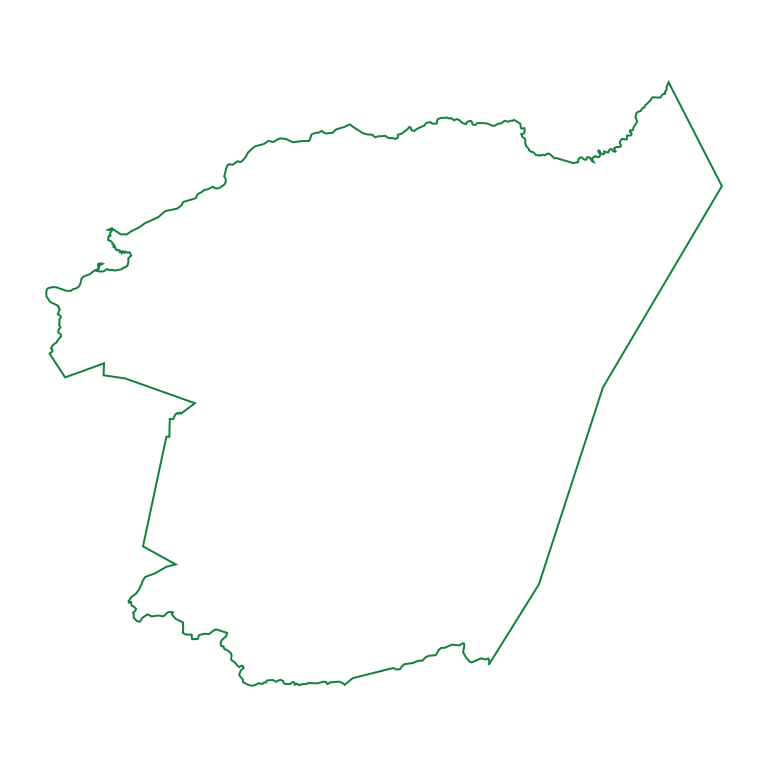 the district of Mosfellsbær, Höfuðborgarsvæði, Iceland
{"feature_id": "244011B92465939344192", "entity_name": "Mosfellsbær", "entity_type": "district", "adm_level": 2, "iso_a3": "ISL", "parent_name": "Iceland", "parent_adm1": "Höfuðborgarsvæði", "projection": "mercator", "projection_center": [-21.613, 64.146], "detail": "fine", "context": "isolated", "style": "outline", "palette": "green", "viewbox_px": 768, "rotation_deg": 0, "n_neighbors": 0, "source": "geoboundaries", "source_scale": "gbopen_adm2", "svg_char_len": 6062}
<svg xmlns="http://www.w3.org/2000/svg" viewBox="0 0 768 768"><path d="M139.9,621.7L142.1,618.1L147.4,614.3L151.6,616.4L158.3,615.5L163.0,616.3L164.1,615.9L167.2,612.7L170.4,611.8L172.9,612.3L172.0,613.7L171.9,614.6L175.9,619.0L182.9,622.3L183.2,627.5L182.9,632.9L185.5,634.5L191.6,634.7L191.9,635.4L191.8,638.1L192.0,638.9L192.7,639.2L197.5,639.0L198.1,638.4L198.6,636.0L199.6,634.9L204.7,633.7L208.9,634.2L214.0,630.2L216.2,629.4L227.1,632.9L226.4,635.9L221.5,640.4L220.8,642.5L220.7,645.1L221.5,646.1L223.4,646.3L224.2,648.7L224.8,649.3L226.5,649.7L230.7,652.9L231.5,654.9L231.6,655.9L231.1,658.4L231.3,659.7L231.8,660.5L234.5,662.0L237.6,665.8L239.4,667.1L241.4,665.7L242.9,666.0L243.6,667.9L240.6,670.8L239.3,674.4L239.5,675.7L242.6,679.2L243.0,679.9L242.9,681.8L243.2,682.3L249.2,685.2L251.5,685.7L254.4,685.3L258.5,683.3L262.3,683.9L264.1,682.4L266.1,682.4L266.7,680.9L267.4,680.3L272.8,680.0L276.2,681.7L280.1,679.8L282.9,680.8L283.9,683.1L284.8,683.9L290.1,684.1L291.9,682.4L293.9,682.0L294.4,683.1L294.4,684.4L295.7,684.6L296.5,683.7L299.3,685.2L300.3,684.5L306.3,684.0L308.4,683.0L317.1,683.4L323.4,681.7L326.1,682.0L326.6,683.3L327.6,684.1L330.0,682.4L339.0,681.6L342.7,683.1L344.6,684.9L352.6,678.2L393.1,668.0L396.6,669.5L400.0,669.2L401.7,666.6L404.4,664.2L413.0,663.0L417.7,660.9L422.5,660.6L425.7,657.2L427.3,656.5L429.4,655.7L435.4,655.2L436.5,654.1L438.9,649.8L441.2,647.9L444.5,647.9L451.8,644.7L459.2,645.4L462.9,643.3L464.1,643.7L464.2,646.3L463.1,652.2L465.9,657.3L469.7,661.6L471.5,662.4L481.0,658.4L485.6,659.5L488.2,658.5L488.6,658.7L489.4,662.1L488.7,664.9L538.9,584.4L602.9,387.5L721.9,186.1L668.6,82.3L666.5,87.3L666.7,89.1L664.9,92.1L665.2,93.0L664.9,93.9L662.9,94.1L660.3,97.6L652.7,97.3L651.5,98.4L650.7,100.2L645.1,105.5L644.4,107.3L642.2,108.4L640.6,111.1L637.9,111.8L636.5,113.2L635.5,117.3L637.1,120.8L636.8,122.3L633.5,127.5L632.8,130.0L632.2,130.5L630.7,130.1L629.9,130.8L629.8,131.7L631.2,132.8L631.6,134.3L630.6,135.5L627.0,135.6L627.0,138.9L625.7,139.5L622.8,138.8L621.5,139.4L620.0,141.7L619.9,143.3L620.8,144.7L620.7,146.1L620.4,146.8L616.8,147.1L614.1,148.2L615.6,151.4L615.0,151.8L612.7,150.9L611.8,149.3L610.3,149.1L609.4,149.8L608.2,152.5L604.1,151.5L604.5,153.2L603.3,154.3L601.3,153.5L600.2,152.3L599.6,150.8L598.5,150.4L598.4,151.9L600.1,153.9L600.2,155.3L599.3,156.7L598.5,157.1L597.3,157.1L595.4,156.1L592.5,158.0L592.2,159.4L593.7,162.0L592.2,161.4L590.1,158.0L589.1,157.2L586.8,157.5L586.3,159.6L585.4,159.7L584.4,159.7L581.7,157.4L580.3,157.4L578.4,159.3L578.1,162.1L573.2,163.1L556.2,158.0L554.5,158.3L549.6,153.9L548.2,153.5L544.7,155.3L543.2,154.7L539.9,155.6L535.9,155.0L533.4,152.2L531.5,151.9L529.3,150.6L528.8,149.0L526.2,146.2L525.3,143.7L525.2,139.6L524.8,138.6L522.3,136.9L521.3,134.1L523.8,133.5L524.8,130.5L524.4,128.1L521.5,128.6L520.8,127.8L520.3,123.7L514.1,119.9L512.3,120.9L510.5,120.7L508.1,121.7L504.6,120.8L501.3,123.3L497.7,123.9L494.7,125.6L492.8,125.9L488.1,123.8L484.8,123.2L477.6,123.0L475.2,124.9L473.5,124.9L472.2,123.6L472.1,122.2L471.7,121.6L470.4,120.8L467.3,121.8L465.9,124.2L462.4,123.0L459.2,120.1L457.4,119.3L456.2,119.2L454.2,120.4L451.0,118.1L449.1,118.5L447.2,117.6L440.9,118.0L437.9,119.1L437.2,120.4L436.9,122.8L436.5,123.7L432.2,123.6L430.4,122.2L427.8,122.5L425.9,123.3L424.5,125.5L417.2,128.7L414.4,130.9L411.8,130.4L410.3,127.2L409.2,127.1L407.6,129.1L401.7,133.7L398.1,134.6L397.9,134.8L398.0,136.8L397.4,138.2L395.3,138.9L392.6,138.0L388.4,138.1L385.6,135.9L378.2,136.3L375.3,137.3L372.1,134.7L367.1,134.4L363.3,133.4L352.7,126.6L350.4,124.6L349.2,124.6L344.4,126.9L335.9,129.5L332.8,132.7L326.1,133.5L323.8,132.6L322.0,131.0L318.2,132.8L316.2,132.7L313.1,133.7L311.5,134.5L310.0,139.2L308.8,141.0L301.5,141.1L293.0,142.3L285.9,139.0L281.1,138.4L278.2,139.1L273.2,142.0L268.4,140.9L263.9,144.0L254.8,146.4L248.0,152.5L246.1,156.5L241.8,161.4L240.0,162.0L237.8,161.3L232.4,164.8L229.2,164.2L227.5,165.2L226.2,168.5L224.9,174.2L224.2,176.1L225.9,179.7L225.6,182.2L224.4,184.5L220.1,187.6L216.9,188.6L213.8,187.6L212.9,186.7L208.0,189.2L204.0,190.1L202.0,191.9L197.9,194.0L196.8,195.5L196.1,197.7L195.2,198.4L183.5,201.9L182.8,202.3L182.1,204.5L181.5,205.3L177.2,208.6L165.2,211.1L158.3,217.1L144.8,223.3L139.0,227.5L131.0,231.4L126.8,234.4L120.7,234.3L111.8,228.3L108.1,229.8L109.2,230.1L111.5,229.2L112.6,229.8L110.2,232.8L110.0,233.8L110.6,235.1L110.1,236.1L109.1,235.8L108.3,237.4L108.4,238.7L108.1,240.0L111.2,241.4L112.6,243.1L112.5,244.2L113.9,244.7L114.3,245.8L114.0,246.2L114.3,246.3L113.6,246.8L114.8,247.2L115.0,248.1L115.7,248.4L116.2,249.8L117.1,250.4L118.3,249.7L119.8,250.5L119.7,251.1L120.2,251.7L120.0,252.0L120.8,252.0L121.5,253.1L122.0,251.6L122.8,252.4L123.3,251.4L124.4,251.8L124.1,252.4L124.7,252.8L125.5,251.6L127.7,252.8L129.2,252.2L130.3,253.5L131.1,255.7L128.3,258.4L128.4,261.9L127.6,265.4L125.5,267.2L123.3,267.6L122.0,269.2L114.3,270.6L112.1,269.7L110.4,270.3L106.7,269.1L103.8,271.3L100.6,271.6L96.0,270.7L98.6,268.9L99.1,267.8L99.0,265.8L102.6,263.8L101.1,263.3L98.3,263.8L97.9,265.3L98.6,267.3L97.8,269.1L94.0,270.8L90.2,274.0L83.8,276.4L81.6,278.3L80.3,283.9L78.7,286.7L76.3,288.3L73.0,289.2L71.1,290.8L66.7,290.9L56.9,287.5L53.3,287.0L48.4,288.0L46.9,289.3L46.1,292.8L46.4,293.8L46.4,296.4L50.2,302.0L58.1,305.8L58.1,306.6L58.8,307.2L59.8,309.8L58.9,310.4L58.7,312.3L58.1,313.2L57.9,314.3L60.5,315.9L60.9,317.4L59.3,319.7L59.6,322.3L59.1,325.0L60.4,327.2L60.4,327.7L58.9,329.1L58.1,331.6L58.8,332.9L60.8,334.4L61.0,336.5L57.6,340.3L56.5,342.5L53.6,344.4L51.7,347.1L51.0,348.3L52.5,349.7L52.1,351.7L49.6,353.7L65.1,377.4L104.0,363.3L103.6,375.3L125.0,378.4L194.9,403.2L181.0,413.6L180.1,412.7L178.6,413.8L177.7,412.9L175.4,414.4L173.2,419.1L169.8,419.0L169.3,436.8L166.4,436.7L143.0,546.4L175.7,564.4L166.3,566.8L155.2,573.2L145.2,577.0L142.5,581.2L141.8,584.0L140.3,586.3L139.3,589.2L135.9,593.7L131.6,596.8L128.6,601.1L128.6,602.0L129.0,602.7L130.9,601.9L131.7,605.7L133.5,606.4L136.0,608.8L135.2,611.0L133.1,612.7L133.9,614.6L133.5,615.9L133.9,617.9L136.9,621.1L139.9,621.7Z" fill="none" stroke="#15803d" stroke-width="2"/></svg>